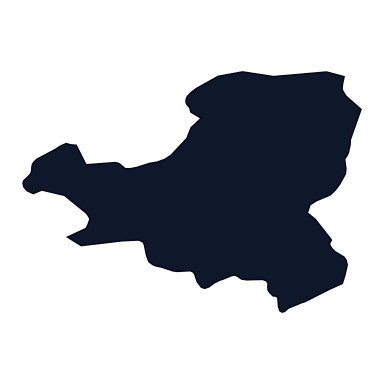 outline of Schwyz
{"feature_id": "CHE-173", "entity_name": "Schwyz", "entity_type": "Canton", "adm_level": 1, "iso_a3": "CHE", "parent_name": "Switzerland", "parent_adm1": "", "projection": "equal_earth", "projection_center": [8.712, 47.055], "detail": "fine", "context": "isolated", "style": "filled", "palette": "ink", "viewbox_px": 384, "rotation_deg": 0, "n_neighbors": 0, "source": "natural_earth", "source_scale": "10m", "svg_char_len": 1640}
<svg xmlns="http://www.w3.org/2000/svg" viewBox="0 0 384 384"><path d="M177.3,271.4L173.1,270.9L161.2,267.0L156.2,266.0L153.0,264.7L148.8,261.6L146.5,255.1L144.4,244.9L143.5,242.3L140.7,240.8L138.5,240.0L122.0,240.8L81.2,245.6L67.5,237.1L86.1,228.4L88.0,224.7L90.0,219.0L88.2,215.5L86.1,212.9L64.4,195.3L41.8,190.0L33.2,193.6L27.0,190.6L23.9,187.0L23.0,183.0L23.8,180.6L28.9,175.9L30.8,173.5L31.7,170.8L31.9,167.0L32.5,164.3L34.3,161.6L37.3,159.0L54.7,149.8L60.6,146.0L66.3,143.5L70.3,144.8L76.2,145.3L86.0,164.8L115.0,162.6L118.1,163.2L120.5,164.7L125.1,168.7L130.0,168.8L136.7,167.5L149.6,163.4L157.3,162.1L164.9,159.3L171.1,155.2L186.9,138.4L191.1,127.7L201.2,118.3L190.8,112.0L189.9,108.0L186.7,104.1L186.1,102.6L186.0,100.7L186.4,98.7L187.3,96.5L190.6,93.0L196.2,88.6L218.2,76.3L242.6,71.9L273.4,76.6L326.5,72.0L344.1,76.7L342.6,83.7L342.1,88.1L342.2,89.9L345.9,96.1L361.0,109.4L350.2,140.0L350.2,144.1L348.5,152.2L347.2,155.2L344.6,159.1L345.9,168.6L345.4,173.8L339.8,184.0L335.4,189.9L330.4,194.8L316.4,200.7L310.0,204.8L307.3,212.9L315.2,219.3L331.1,239.5L331.2,240.6L329.6,243.1L329.8,245.2L332.3,249.1L335.0,251.7L344.0,257.1L346.2,260.4L347.2,265.0L345.0,274.7L342.3,283.5L330.3,288.8L304.8,301.7L302.2,302.4L288.1,308.2L284.5,311.5L282.0,312.1L279.9,310.8L278.5,306.5L277.9,298.4L276.6,296.2L273.1,295.9L269.8,292.7L268.1,290.2L267.8,286.8L268.2,283.6L266.5,280.9L262.6,279.4L246.6,279.8L241.5,279.0L237.7,276.3L234.7,275.0L230.7,275.9L224.0,278.8L219.7,280.2L214.4,282.8L208.6,287.0L204.8,288.3L201.5,287.3L197.3,281.8L194.6,273.9L193.0,271.8L190.2,270.7L177.3,271.4Z" fill="#0f172a" stroke="#020617" stroke-width="1.5"/></svg>